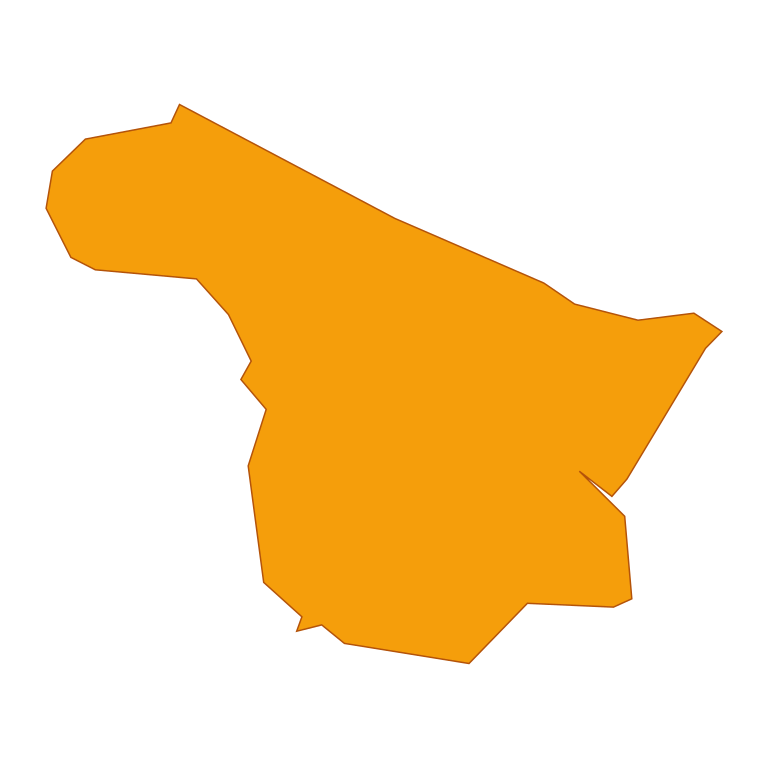 McLean, Kentucky, United States of America
{"feature_id": "52423323B25082659820780", "entity_name": "McLean", "entity_type": "district", "adm_level": 2, "iso_a3": "USA", "parent_name": "United States of America", "parent_adm1": "Kentucky", "projection": "mercator", "projection_center": [-87.273, 37.532], "detail": "fine", "context": "isolated", "style": "filled", "palette": "amber", "viewbox_px": 768, "rotation_deg": 0, "n_neighbors": 0, "source": "geoboundaries", "source_scale": "gbopen_adm2", "svg_char_len": 535}
<svg xmlns="http://www.w3.org/2000/svg" viewBox="0 0 768 768"><path d="M228.5,314.6L251.2,361.1L240.9,379.5L266.2,409.4L248.2,465.9L263.7,582.4L301.9,616.8L296.7,631.2L321.7,624.9L344.4,643.4L469.0,663.5L527.4,603.3L613.5,607.1L631.8,598.8L624.7,516.3L579.3,471.2L611.9,496.4L626.9,479.1L705.5,348.3L721.9,331.5L693.9,313.2L638.0,320.2L574.6,304.1L543.9,283.1L394.8,218.4L179.5,104.5L171.0,122.9L85.4,139.1L52.4,171.1L46.1,208.3L70.9,257.4L95.3,269.8L196.5,278.9L228.5,314.6Z" fill="#f59e0b" stroke="#b45309" stroke-width="1.5"/></svg>